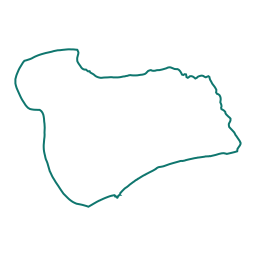 Ar Raydah wa Qussay'ar, Hadramawt, Yemen
{"feature_id": "15242507B55233567675049", "entity_name": "Ar Raydah wa Qussay'ar", "entity_type": "district", "adm_level": 2, "iso_a3": "YEM", "parent_name": "Yemen", "parent_adm1": "Hadramawt", "projection": "mercator", "projection_center": [50.363, 15.159], "detail": "fine", "context": "isolated", "style": "outline", "palette": "teal", "viewbox_px": 256, "rotation_deg": 0, "n_neighbors": 0, "source": "geoboundaries", "source_scale": "gbopen_adm2", "svg_char_len": 5089}
<svg xmlns="http://www.w3.org/2000/svg" viewBox="0 0 256 256"><path d="M24.4,60.8L23.0,62.5L20.8,66.1L19.7,67.9L18.8,69.6L17.9,71.7L17.1,73.6L16.4,75.4L15.9,77.3L15.4,79.1L15.4,81.3L15.4,83.4L15.9,85.6L16.6,87.9L17.5,90.0L18.3,91.8L20.1,95.8L21.1,97.9L22.2,99.9L23.3,101.6L24.4,103.3L25.4,104.9L26.7,106.5L28.1,107.9L30.0,109.0L31.8,109.4L33.9,109.7L36.0,109.8L39.7,109.9L41.3,111.1L42.4,112.6L43.3,114.7L43.7,116.6L44.0,118.7L44.2,121.6L44.5,123.8L44.7,127.7L44.5,132.6L44.6,134.7L44.5,136.9L44.2,139.2L43.7,145.1L43.7,147.1L43.8,149.4L44.1,151.7L44.5,153.6L45.0,155.7L45.4,157.6L45.9,159.4L46.8,161.4L47.5,163.3L48.2,165.8L49.8,171.3L50.2,172.0L52.3,176.5L53.4,178.4L53.7,178.8L55.8,182.3L57.1,184.2L58.4,186.1L59.8,188.3L61.2,190.4L63.5,193.7L64.8,195.0L67.7,197.9L69.3,199.4L71.0,200.7L72.6,201.8L74.5,202.8L76.5,203.7L80.2,204.4L82.5,204.9L86.4,206.0L88.4,206.7L91.6,204.9L93.1,204.0L97.1,201.7L98.9,200.8L99.2,200.6L99.6,200.5L100.3,200.2L100.6,200.0L102.2,199.3L103.2,198.8L103.5,198.7L105.1,198.0L108.2,196.8L109.9,196.2L111.7,195.7L111.9,195.7L112.3,195.6L112.8,195.5L113.2,195.4L114.3,195.2L114.5,195.2L114.8,195.4L114.9,195.5L115.1,195.7L115.2,195.8L115.1,196.0L115.1,196.3L115.3,196.3L115.5,196.4L115.6,196.5L115.8,196.5L116.0,196.6L116.4,196.6L116.5,196.7L116.6,196.8L116.6,197.0L116.6,197.3L116.7,197.5L116.7,197.4L116.8,197.5L117.0,197.6L117.4,197.7L117.6,197.5L117.7,197.2L117.9,196.5L118.2,196.1L118.3,195.8L118.7,195.5L118.9,195.4L118.9,195.5L119.0,195.4L119.4,194.9L119.5,194.8L119.8,194.8L119.7,194.7L119.8,194.6L120.0,194.4L120.2,194.5L120.3,194.4L120.5,194.3L120.7,194.2L120.5,194.3L120.4,194.3L120.3,194.1L120.2,193.8L120.3,193.5L120.3,193.1L120.6,192.7L120.9,192.4L121.2,192.1L122.3,190.9L123.8,189.4L124.3,188.9L125.1,188.2L125.7,187.8L127.1,186.9L127.4,186.6L127.8,186.3L128.0,186.2L128.8,185.5L129.2,185.1L129.7,184.7L130.2,184.3L132.5,182.6L132.7,182.4L133.2,182.1L134.5,181.2L134.8,180.9L135.9,180.1L136.0,180.1L136.5,179.9L136.6,179.7L136.9,179.6L137.1,179.5L137.4,179.2L137.6,179.1L137.8,178.9L138.0,178.9L138.2,178.7L138.3,178.7L140.0,177.6L140.4,177.4L140.6,177.2L140.8,177.1L141.0,177.0L141.5,176.7L142.3,176.2L143.0,175.8L143.1,175.7L143.3,175.6L144.1,175.2L144.3,175.1L145.0,174.8L145.2,174.7L145.3,174.5L145.4,174.4L145.6,174.4L145.9,174.3L146.0,174.2L146.8,173.8L147.0,173.6L147.5,173.4L147.9,173.2L149.2,172.5L152.6,170.8L155.1,169.4L155.6,168.9L156.1,168.8L156.5,168.4L156.6,168.2L157.8,167.5L158.3,167.3L158.5,167.2L160.0,166.9L160.6,166.9L160.9,166.8L163.0,166.4L163.6,166.2L163.8,166.2L164.0,166.1L169.6,164.1L173.4,163.0L178.8,161.5L180.4,161.0L182.0,160.9L182.4,161.0L184.9,160.5L185.6,160.2L188.9,159.4L191.7,158.8L194.4,158.2L196.3,157.9L197.4,157.7L198.0,157.5L198.9,157.5L203.1,156.9L204.5,156.7L205.7,156.4L206.8,156.4L208.0,156.3L208.9,156.3L209.3,156.1L209.9,156.2L210.4,156.2L211.1,156.0L213.7,155.4L215.8,154.9L219.1,153.9L221.8,153.3L223.3,153.2L224.0,153.2L225.1,153.5L225.7,153.5L226.5,153.9L226.9,153.9L230.8,153.0L234.5,152.1L237.2,151.3L237.3,150.4L237.5,148.9L238.3,147.7L239.2,146.4L239.9,145.4L240.6,143.8L240.5,142.9L240.3,142.5L240.4,142.4L239.7,141.0L238.9,139.8L238.0,138.5L236.4,136.1L235.5,135.0L234.9,133.7L234.2,132.4L233.2,131.3L232.2,130.2L230.2,128.1L229.2,127.0L228.9,125.6L228.8,124.1L229.4,122.7L230.1,121.5L230.5,120.2L230.5,118.6L229.5,117.5L228.4,116.6L227.3,115.5L226.2,114.4L225.5,113.3L225.2,111.8L224.0,110.6L222.8,109.8L221.5,109.2L221.1,107.8L221.5,106.5L221.4,105.1L221.0,103.9L220.3,102.3L220.5,101.0L220.7,99.4L220.6,97.9L220.2,96.5L219.5,95.2L218.4,94.3L217.1,93.9L216.1,92.5L216.3,91.1L216.3,89.7L215.6,88.4L214.9,87.2L214.1,86.1L213.1,84.8L212.2,83.6L211.6,82.4L210.9,81.1L210.2,79.9L209.7,78.5L209.4,77.0L208.4,76.2L207.1,76.7L205.8,77.3L204.5,76.8L203.4,76.0L201.9,75.6L200.5,75.8L199.1,76.2L197.8,76.8L196.7,77.9L195.3,78.5L194.3,77.6L193.0,76.7L191.7,76.2L190.0,76.2L188.9,77.1L187.8,77.8L186.5,77.1L186.3,75.7L186.0,74.4L184.6,74.2L183.3,75.0L182.0,74.6L181.4,73.3L180.6,71.9L179.8,70.8L178.8,69.8L177.5,69.1L176.1,69.1L174.6,69.0L171.9,67.9L170.6,67.4L169.2,67.3L167.8,67.6L166.3,68.3L163.6,69.1L162.2,69.5L160.8,69.8L159.4,70.1L158.0,70.1L156.4,70.3L155.1,70.7L153.6,70.8L152.2,70.7L150.9,70.1L149.5,70.4L148.1,71.0L147.1,72.0L146.1,73.1L144.8,74.0L143.4,74.4L142.0,74.7L140.6,74.8L137.6,75.3L136.0,75.4L134.6,75.4L133.1,75.4L131.7,75.3L130.4,75.1L128.9,75.3L127.5,75.8L126.1,76.0L124.7,76.4L123.3,76.5L120.5,77.1L119.0,77.3L117.5,77.4L113.3,77.4L111.9,77.2L110.3,77.2L109.0,77.3L107.5,77.4L104.7,77.5L103.2,77.6L101.8,77.8L100.4,77.8L99.0,77.5L97.7,77.1L96.3,76.5L95.1,75.7L94.0,74.7L92.8,73.9L91.5,73.2L90.3,72.5L89.6,71.2L88.2,71.4L87.1,70.6L86.0,69.6L84.6,69.6L83.3,69.2L82.1,68.4L81.2,67.4L80.4,66.1L78.7,63.7L77.9,62.4L77.3,61.1L77.2,59.5L77.2,58.0L77.9,55.2L78.3,53.8L78.4,52.3L77.8,50.9L77.3,49.8L73.2,49.4L71.2,49.4L69.3,49.3L67.3,49.4L65.3,49.6L62.3,49.9L60.0,50.2L57.7,50.3L55.7,50.7L53.7,51.1L51.7,51.7L47.7,52.6L45.8,53.0L43.6,53.6L41.5,54.2L39.6,54.8L37.7,55.5L35.3,56.5L33.5,57.4L31.7,58.4L30.0,59.1L26.3,60.3L24.4,60.8Z" fill="none" stroke="#0f766e" stroke-width="2"/></svg>